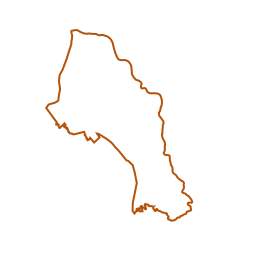 the district of Islas del Ibicuy, Entre Ríos, Argentina, rotated 203°
{"feature_id": "61730980B51981995924731", "entity_name": "Islas del Ibicuy", "entity_type": "district", "adm_level": 2, "iso_a3": "ARG", "parent_name": "Argentina", "parent_adm1": "Entre Ríos", "projection": "orthographic", "projection_center": [-58.964, -33.597], "detail": "fine", "context": "isolated", "style": "outline", "palette": "amber", "viewbox_px": 256, "rotation_deg": 203, "n_neighbors": 0, "source": "geoboundaries", "source_scale": "gbopen_adm2", "svg_char_len": 5552}
<svg xmlns="http://www.w3.org/2000/svg" viewBox="0 0 256 256"><g transform="rotate(203 128 128)"><path d="M88.6,51.8L88.5,52.0L88.5,52.8L88.3,53.7L88.1,53.7L88.0,53.9L88.2,54.2L88.1,54.5L87.5,55.1L86.9,55.3L86.4,55.6L86.2,56.0L86.3,56.4L86.5,56.3L86.9,56.0L87.1,55.7L87.3,55.5L87.9,55.8L88.0,56.1L88.3,56.9L87.5,57.7L86.8,58.1L86.0,57.8L85.6,57.5L85.0,56.6L84.6,56.2L84.3,56.0L83.7,56.1L83.1,56.7L82.1,57.0L82.8,58.1L83.2,58.6L83.7,59.0L84.6,59.3L85.2,59.5L85.6,59.8L85.7,60.1L85.7,60.7L85.3,61.3L84.8,61.5L84.5,61.4L84.2,60.4L84.1,60.2L83.9,60.2L83.1,60.8L82.5,60.9L80.8,60.1L80.2,60.0L79.8,60.3L79.8,60.8L80.0,61.0L80.3,60.9L80.4,60.6L80.6,60.4L81.0,60.4L81.2,60.6L81.2,60.9L81.3,62.9L81.4,63.1L82.3,63.4L82.6,63.6L82.7,63.9L82.6,64.3L82.3,64.8L81.4,64.8L80.5,65.2L79.6,65.3L79.2,65.2L78.7,64.9L78.5,64.3L77.4,64.5L76.2,65.2L75.5,65.2L75.1,65.4L74.4,65.4L74.1,65.3L73.8,65.5L73.9,65.2L73.7,64.9L73.6,64.2L73.4,63.9L72.2,63.0L71.0,62.3L70.7,62.2L70.3,62.3L70.1,62.6L70.1,62.9L70.5,63.4L70.5,63.9L70.3,64.3L69.8,64.7L69.2,64.6L68.9,64.4L68.7,64.0L68.0,63.8L67.1,63.8L65.6,64.0L64.4,63.8L63.4,63.7L62.5,63.8L61.7,64.1L60.3,64.2L59.5,64.5L59.0,64.5L58.5,64.1L58.4,63.6L58.1,63.3L56.1,62.3L55.8,61.8L56.2,60.9L55.9,60.3L55.3,59.8L54.8,59.6L53.5,60.0L53.0,60.0L52.4,59.6L52.0,59.6L51.5,59.7L50.5,60.5L49.3,61.1L48.1,62.9L47.6,64.4L47.3,64.8L47.0,65.2L46.0,65.5L45.6,65.9L45.4,66.3L45.4,67.0L45.2,67.3L44.2,68.3L43.5,68.9L43.1,69.9L41.4,71.3L41.2,71.5L41.1,72.4L41.1,73.7L41.0,74.0L40.6,74.4L39.7,74.9L39.4,75.6L39.1,75.9L38.3,76.2L38.0,76.7L38.0,77.6L39.2,79.1L39.7,80.2L40.1,80.4L42.2,80.7L43.0,81.1L43.4,81.6L43.5,82.2L43.1,82.8L42.6,83.2L40.4,84.0L40.1,84.3L40.0,84.5L40.1,85.2L40.3,85.5L41.9,87.0L44.6,88.5L45.8,89.0L48.1,89.4L49.5,90.0L52.2,89.8L52.6,89.9L53.1,90.2L53.3,90.8L53.4,91.2L53.2,92.6L53.0,93.5L53.2,94.9L53.4,95.6L54.6,97.4L54.9,99.0L55.6,99.8L56.7,100.3L58.2,100.3L62.1,101.3L63.4,102.0L64.0,102.5L64.8,103.0L65.8,103.5L68.2,104.1L69.2,104.6L69.7,105.1L70.1,105.8L70.6,106.6L70.7,107.2L71.7,108.9L72.6,109.8L73.5,110.4L74.4,111.2L74.5,111.4L74.6,111.8L75.1,112.5L76.4,114.0L77.8,116.6L78.2,117.6L78.3,117.7L78.4,118.0L78.5,118.1L78.6,118.4L78.9,118.7L80.1,118.8L82.9,117.9L83.9,117.9L84.3,118.1L84.9,118.4L85.2,118.8L85.4,119.3L85.3,120.0L85.4,121.9L85.7,122.7L86.2,123.9L86.9,125.0L87.0,125.6L87.2,126.7L87.3,127.2L87.7,127.8L87.8,127.9L87.9,128.1L88.5,129.1L89.1,129.8L91.2,131.4L91.6,131.6L91.7,131.8L92.6,132.7L93.4,133.9L93.9,134.7L94.0,135.1L94.3,135.4L94.3,135.8L94.2,136.3L94.3,136.5L94.4,136.9L95.7,140.0L96.2,142.2L97.0,144.1L97.2,146.3L97.6,147.4L97.8,147.7L98.7,148.4L104.0,151.5L105.1,153.3L105.6,154.4L105.4,154.9L105.2,156.0L105.3,156.5L105.3,157.3L105.7,158.5L106.0,162.5L106.6,164.5L107.8,167.0L108.9,168.4L110.8,170.5L111.9,171.1L113.5,171.3L114.5,171.2L116.3,170.7L121.1,168.6L122.7,168.5L124.2,168.9L124.8,169.2L126.5,170.9L127.7,171.3L128.5,171.2L130.4,169.9L130.8,169.9L131.6,170.1L132.2,170.8L132.4,171.4L132.6,172.5L132.5,173.4L132.9,174.1L133.8,175.0L134.6,175.4L136.6,175.8L139.2,175.5L140.1,175.7L141.8,176.5L144.9,178.6L145.6,179.5L146.6,181.4L147.4,183.1L149.0,185.9L150.2,187.2L151.3,188.2L153.6,189.3L154.8,189.6L155.5,189.5L156.9,189.5L158.0,189.1L158.7,188.7L160.5,187.9L162.3,187.5L163.1,187.4L164.3,187.9L165.8,189.0L166.4,189.5L166.7,190.1L168.0,191.1L168.6,191.6L172.7,196.7L175.7,200.7L177.6,202.3L178.6,202.9L180.4,203.7L182.2,204.1L183.3,204.2L184.9,204.0L186.6,203.9L188.2,203.5L189.3,203.0L190.7,202.1L191.4,202.0L191.9,201.9L193.2,202.1L194.3,202.0L196.3,201.2L197.1,201.0L199.1,200.2L200.0,200.1L201.0,199.7L202.2,198.9L205.2,197.9L207.2,197.8L209.2,197.8L210.0,197.9L212.2,198.2L213.4,198.2L215.4,197.1L217.7,195.6L218.0,195.0L216.7,192.7L215.5,191.3L215.1,190.1L214.5,188.3L213.7,185.0L212.9,183.1L212.9,181.9L212.5,179.4L212.5,177.6L211.5,168.1L211.0,156.3L211.1,155.3L211.5,151.3L211.5,149.6L209.7,143.8L206.0,137.8L205.7,137.3L204.4,131.1L203.0,126.3L203.0,125.8L203.2,125.4L205.1,122.8L209.8,119.0L210.2,118.5L210.4,118.0L211.1,114.5L197.4,106.3L196.6,106.0L196.6,105.8L196.3,105.5L195.9,105.3L195.9,105.0L195.7,104.7L195.7,104.0L195.3,103.8L195.4,103.4L195.3,103.1L194.7,103.4L194.5,103.9L194.6,104.2L194.4,104.4L193.4,104.1L193.0,103.8L193.0,103.3L192.8,103.2L192.8,102.8L192.2,102.0L191.9,101.9L191.5,102.0L191.5,101.8L191.3,101.3L191.0,101.2L190.9,101.3L190.5,101.9L190.5,102.6L189.7,103.9L189.4,104.9L188.8,105.7L188.7,106.2L188.5,106.5L188.5,106.8L188.3,107.2L188.0,106.8L187.6,106.8L187.7,106.5L187.6,106.3L187.6,106.1L187.2,106.2L187.4,105.6L187.6,105.6L187.8,104.9L188.0,104.8L187.7,104.5L187.4,104.6L187.2,104.6L187.1,104.9L186.6,105.2L186.9,104.9L186.9,104.5L187.0,104.4L186.8,104.1L186.6,104.2L185.7,104.2L185.4,104.3L185.3,104.2L185.3,103.9L185.1,103.9L185.1,104.2L184.7,103.8L184.6,104.1L184.4,104.2L184.4,103.9L184.1,103.8L183.9,103.5L183.4,103.4L183.2,103.5L182.9,103.2L183.0,103.0L182.6,102.9L182.5,102.7L182.2,102.5L182.0,102.2L181.8,101.6L181.6,101.7L181.4,101.4L181.1,101.5L180.8,101.2L180.7,101.0L179.7,100.6L179.6,100.4L179.3,100.5L179.2,100.5L178.8,100.5L177.8,100.9L177.5,100.8L176.8,100.9L176.6,100.7L176.4,100.7L176.1,100.7L174.5,101.5L167.0,107.3L164.6,104.9L164.9,104.5L161.7,102.5L162.0,102.1L160.3,101.0L159.6,101.9L159.2,102.6L159.0,103.3L159.0,104.1L153.5,101.4L150.5,108.1L154.3,110.8L152.8,111.1L143.1,109.6L137.4,108.0L134.0,106.4L132.2,105.3L129.2,104.1L127.0,103.1L117.0,97.7L116.4,97.6L115.5,97.8L114.9,97.8L109.5,95.8L109.0,95.4L104.8,90.2L98.5,80.9L98.3,80.3L94.3,60.9L91.5,53.6L88.6,51.8Z" fill="none" stroke="#b45309" stroke-width="2"/></g></svg>